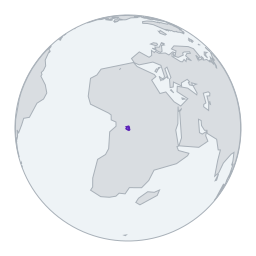 Nana-Mambéré highlighted on a globe, orthographic projection, rotated 35°
{"feature_id": "CAF-804", "entity_name": "Nana-Mambéré", "entity_type": "Prefecture", "adm_level": 1, "iso_a3": "CAF", "parent_name": "Central African Republic", "parent_adm1": "", "projection": "orthographic", "projection_center": [15.312, 5.849], "detail": "fine", "context": "on_globe", "style": "filled", "palette": "violet", "viewbox_px": 256, "rotation_deg": 35, "n_neighbors": 0, "source": "natural_earth", "source_scale": "10m", "svg_char_len": 7994}
<svg xmlns="http://www.w3.org/2000/svg" viewBox="0 0 256 256"><g transform="rotate(35 128 128)"><circle cx="128" cy="128" r="113" fill="#eef3f6" stroke="#a8b0b8"/><path d="M90.1,21.9L90.0,22.0L90.1,21.9ZM88.7,22.4L89.4,22.2L85.4,23.7L89.9,22.0L87.3,23.1L84.5,24.2L84.0,24.3L82.5,25.0L88.7,22.4ZM64.7,34.8L64.2,35.2L61.2,37.3L57.7,40.0L59.7,38.6L63.1,36.0L65.9,34.3L69.8,31.8L71.5,30.8L75.8,28.5L73.7,30.4L70.2,32.6L69.1,33.5L73.1,31.6L67.1,36.2L64.3,40.4L62.6,41.8L58.3,43.7L56.7,42.9L51.1,46.8L55.5,44.4L51.3,48.5L51.0,49.3L51.7,49.4L53.5,48.0L52.3,49.6L47.4,52.2L48.5,50.7L50.0,49.8L49.2,49.6L45.9,52.0L44.1,54.3L41.1,56.6L39.7,58.3L38.3,60.0L40.7,57.0L36.4,62.7L34.3,65.4L39.4,58.4L45.0,51.8L51.2,45.6L57.7,40.0L64.7,34.8ZM17.1,108.2L17.5,106.4L18.1,104.4L16.9,110.9L18.3,105.3L18.0,108.8L20.1,109.7L19.6,111.1L21.2,119.8L24.9,124.3L25.7,129.4L25.1,132.2L26.8,133.5L26.9,135.5L35.5,140.1L41.4,145.9L42.2,152.7L39.2,159.9L41.1,175.8L37.0,179.9L39.0,186.1L41.2,194.7L38.3,193.2L42.3,198.1L43.3,200.5L42.3,200.2L44.9,203.3L44.3,203.0L46.6,205.4L49.8,209.0L53.7,212.6L55.6,214.3L48.6,207.9L42.1,200.9L36.3,193.4L31.1,185.5L22.3,166.7L20.7,162.1L20.0,160.1L17.9,151.7L16.4,143.1L15.5,134.4L15.4,125.6L15.9,116.9L17.1,108.2ZM23.3,86.4L22.3,89.2L22.2,89.3L23.3,86.4ZM75.4,28.5L75.6,28.5L74.7,28.9L75.4,28.5ZM77.1,27.6L76.0,28.1L76.6,27.8L77.3,27.5L77.1,27.6ZM80.0,26.1L82.6,24.9L78.4,27.0L77.9,27.1L78.5,26.8L80.0,26.1ZM98.3,19.3L99.0,19.2L97.9,19.5L95.8,20.1L98.3,19.3ZM94.8,20.8L94.8,20.7L96.6,20.1L94.8,20.8ZM99.8,19.0L100.2,18.9L100.9,18.7L101.8,18.5L99.8,19.0ZM104.8,17.8L100.9,18.7L100.4,19.1L98.8,19.5L99.9,18.9L104.8,17.8ZM104.4,17.9L102.5,18.3L102.3,18.3L104.4,17.9ZM105.0,17.8L106.0,17.6L105.2,17.7L105.0,17.8ZM108.1,17.2L106.9,17.4L106.1,17.5L108.1,17.2ZM108.6,17.1L108.8,17.0L110.0,16.8L106.6,17.4L108.2,17.1L108.6,17.1ZM111.7,16.7L107.5,17.5L105.9,17.7L110.2,16.9L111.7,16.7ZM62.2,219.4L63.8,220.6L64.2,220.8L62.2,219.4ZM60.3,217.8L60.1,217.2L61.0,217.8L61.4,218.4L60.3,217.8ZM233.1,87.4L234.0,90.0L235.4,94.0L237.5,101.6L239.1,109.4L239.4,111.3L239.0,108.7L237.1,103.0L238.6,111.2L240.0,117.7L240.6,125.7L240.2,123.4L239.5,116.4L238.8,114.2L237.7,107.1L234.7,96.9L234.2,99.2L233.0,95.1L228.8,87.2L227.5,90.3L226.2,102.0L228.0,112.7L226.7,117.8L220.0,102.9L216.3,93.0L214.4,94.2L207.1,86.4L196.0,87.0L194.0,84.6L192.0,86.0L186.8,83.8L183.6,79.9L180.7,80.4L189.2,90.8L192.3,90.4L194.3,85.9L196.1,89.8L201.0,93.0L197.1,103.2L179.9,113.4L177.5,105.4L160.9,84.9L161.0,82.5L160.9,82.2L160.7,81.8L159.8,85.6L156.7,81.7L166.4,95.9L168.3,102.3L179.7,113.9L178.8,115.2L182.2,117.5L192.4,113.8L192.7,116.5L188.2,129.4L173.5,147.6L175.1,159.1L173.4,169.1L163.3,176.1L163.4,183.6L158.1,186.5L157.2,190.8L152.5,195.4L145.0,199.9L133.0,200.4L132.9,196.6L127.8,189.2L121.1,171.1L124.8,162.6L124.0,156.0L115.2,141.6L117.2,133.4L114.7,130.0L109.6,131.0L106.7,127.0L103.5,126.9L83.6,130.0L77.2,124.8L68.8,108.8L72.1,102.5L72.2,95.2L94.9,71.2L100.3,72.4L118.9,69.1L121.4,69.9L119.9,75.2L134.4,81.4L138.3,76.8L150.7,80.1L158.6,79.7L160.2,69.7L147.3,70.1L144.4,65.5L154.1,61.1L165.3,61.4L164.5,59.7L156.9,56.0L158.9,52.8L154.2,54.5L156.5,56.2L153.6,57.4L151.3,56.0L152.1,54.9L148.6,54.2L145.8,60.4L147.8,62.8L138.9,64.3L141.5,68.5L139.3,70.7L134.1,64.3L134.2,62.0L125.0,55.8L124.2,58.3L132.8,64.5L130.3,64.0L129.2,68.1L128.2,64.7L119.0,57.8L110.6,59.7L100.9,69.9L95.8,70.9L91.0,69.1L93.6,59.2L104.7,58.0L105.8,55.0L102.7,51.0L106.3,51.1L106.4,49.5L110.6,49.1L115.5,45.2L119.6,44.7L120.8,40.1L123.0,39.4L121.7,42.2L123.0,44.1L133.0,43.5L134.7,42.5L134.6,39.7L137.4,40.2L136.1,37.6L141.4,36.5L133.8,35.8L133.5,33.1L136.3,31.1L134.8,30.2L130.3,33.6L129.7,35.2L131.4,36.6L128.6,41.4L125.4,42.3L123.1,37.3L118.2,38.3L118.5,34.4L130.6,26.8L136.1,25.5L146.8,28.5L146.0,29.9L141.7,29.5L146.4,32.1L145.6,30.8L147.9,31.3L148.3,29.3L149.9,29.7L147.4,27.4L149.5,27.6L151.0,29.0L153.2,26.7L157.3,26.9L157.0,26.3L155.6,25.6L161.7,26.6L161.2,26.1L159.0,25.6L156.6,24.4L154.8,22.8L157.0,23.2L158.0,23.8L163.3,26.0L165.5,28.0L166.2,28.0L164.8,26.5L158.3,23.7L156.6,22.7L159.8,23.7L158.5,23.3L158.4,22.9L160.3,23.0L156.8,21.8L152.0,18.6L155.2,18.9L158.6,20.0L157.7,19.3L165.4,21.8L173.0,24.7L180.3,28.2L187.3,32.2L194.0,36.8L200.4,41.7L206.4,47.2L212.0,53.0L217.2,59.2L221.9,65.8L226.2,72.7L229.9,79.9L233.1,87.4ZM87.9,83.1L87.5,85.3L87.9,83.1ZM177.8,67.2L184.0,67.4L180.0,61.5L182.0,61.3L179.9,59.5L179.6,61.1L174.3,56.5L176.5,54.8L175.1,52.5L173.0,52.3L169.7,56.3L177.4,62.8L176.5,65.2L177.8,67.2ZM20.2,109.6L20.3,111.0L19.8,110.9L20.2,109.6ZM21.1,92.6L20.8,93.3L21.1,92.6ZM22.1,93.8L22.4,94.7L21.8,94.9L22.1,93.8ZM22.1,90.1L21.9,93.4L20.8,94.7L21.1,92.8L21.4,92.6L22.1,90.1ZM27.8,76.6L27.4,77.4L27.3,77.5L27.7,76.8L27.8,76.6ZM51.6,48.3L52.0,48.2L52.3,48.5L51.4,49.1L51.6,48.3ZM58.3,46.8L56.1,49.4L57.0,47.7L55.3,48.8L55.1,46.9L61.8,42.4L58.8,44.7L58.3,46.8ZM56.7,43.6L56.1,45.0L56.5,43.6L56.7,43.6ZM103.0,42.1L104.6,42.9L103.4,44.7L98.3,46.3L99.9,43.6L103.0,42.1ZM107.3,43.8L106.4,38.9L109.6,38.0L107.9,39.2L110.1,39.2L108.1,41.2L111.9,45.6L111.1,47.5L102.0,48.8L105.5,47.2L103.6,46.3L107.3,43.8ZM98.7,30.9L98.3,29.6L105.6,29.3L105.1,30.6L99.9,32.0L97.5,31.3L98.7,30.9ZM84.8,24.5L84.2,24.6L85.1,24.2L86.3,23.8L84.8,24.5ZM94.6,20.8L88.3,23.8L87.3,24.0L84.8,26.0L81.2,27.4L83.0,26.0L78.3,28.7L78.4,28.0L75.6,29.9L79.8,26.7L79.7,26.5L81.2,26.1L84.5,24.8L85.9,24.2L89.9,22.3L91.4,21.5L94.9,20.4L97.0,19.8L94.8,20.5L96.8,20.0L93.5,21.0L94.6,20.8ZM119.6,18.0L116.8,18.0L120.1,18.8L116.9,19.2L117.5,19.3L115.4,19.9L113.9,21.0L112.3,21.1L112.4,21.5L111.0,22.1L110.7,22.7L107.7,23.2L107.0,24.1L106.0,23.9L105.5,25.3L104.5,24.5L102.7,25.5L104.6,25.7L89.6,28.8L84.1,31.2L80.0,33.8L78.9,32.6L82.0,29.6L87.2,26.3L92.6,24.3L91.1,24.3L93.3,23.5L93.6,23.8L94.4,22.8L96.3,22.3L100.9,20.3L101.0,19.5L102.7,19.0L103.6,19.0L104.7,18.4L107.5,18.2L108.8,17.8L112.9,17.4L113.9,18.0L115.2,17.6L118.4,17.4L119.6,18.0ZM112.8,16.6L114.7,16.8L113.9,17.2L107.1,17.8L105.6,18.2L101.2,18.9L102.5,18.4L103.7,18.2L105.0,17.9L104.1,18.1L105.9,17.7L107.5,17.5L109.4,17.2L109.5,17.3L112.8,16.6ZM123.8,67.8L125.6,68.0L128.3,67.7L127.7,70.4L123.8,67.8ZM117.4,63.2L119.0,62.8L119.4,66.1L117.5,66.1L117.4,63.2ZM119.5,59.9L119.0,62.5L118.2,61.1L119.5,59.9ZM123.1,41.8L124.8,41.4L125.1,42.0L124.4,43.0L123.1,41.8ZM128.8,21.5L127.3,21.2L127.7,20.9L126.3,19.8L128.6,19.6L130.3,20.2L128.8,21.5ZM158.2,71.5L156.1,73.4L154.9,72.5L155.8,72.0L158.2,71.5ZM141.3,71.8L145.4,73.0L141.1,72.6L141.3,71.8ZM131.1,21.1L130.2,20.6L131.9,20.8L131.1,21.1ZM130.2,19.4L132.1,19.6L128.7,19.5L130.2,19.4ZM187.9,216.6L187.6,217.7L186.4,218.0L187.9,216.6ZM190.6,166.5L181.8,184.1L177.1,184.5L176.9,179.5L180.7,168.9L186.4,165.6L189.4,160.7L190.6,166.5ZM240.2,138.1L240.2,134.3L238.4,119.3L239.1,119.3L240.6,128.1L240.6,129.8L240.6,132.3L240.2,138.1ZM228.5,113.7L230.5,119.9L229.6,121.2L228.5,113.7ZM149.4,20.8L148.8,22.4L150.0,23.9L153.0,25.0L148.5,24.3L146.8,22.0L149.4,20.8ZM151.4,18.7L148.8,18.0L150.0,18.1L150.8,18.3L151.4,18.7ZM149.8,18.4L146.3,18.0L144.9,17.5L147.9,17.9L149.8,18.4ZM138.8,18.9L138.4,19.3L137.1,19.1L138.8,18.9Z" fill="#d9dde1" stroke="#a8b0b8" stroke-width="1"/><path d="M126.6,127.3L126.8,127.2L127.0,127.0L127.0,126.9L127.2,126.4L127.3,126.4L127.5,126.3L127.7,126.2L127.8,126.2L127.8,126.3L127.9,126.5L128.0,126.6L128.0,126.8L128.1,127.0L128.3,127.1L128.5,127.1L128.8,126.9L128.9,127.0L128.9,127.3L128.9,127.6L129.0,127.7L129.0,127.8L129.2,128.0L129.3,128.0L129.5,128.1L129.7,127.9L129.8,127.9L129.9,128.0L130.0,128.1L130.2,128.3L130.3,128.4L130.3,128.5L130.3,128.9L130.3,129.0L129.5,129.5L129.4,129.5L129.2,129.5L129.2,129.4L129.2,129.5L128.9,129.4L128.9,129.2L128.8,129.3L128.7,129.3L128.7,129.6L128.4,129.6L128.2,129.7L127.7,129.7L127.5,129.8L127.4,129.8L127.3,129.7L127.2,129.7L126.9,129.7L126.7,129.6L126.7,129.4L126.7,129.2L126.4,129.1L126.5,129.1L126.5,128.9L126.6,128.7L126.6,128.4L126.7,128.2L126.6,127.9L126.4,127.9L126.3,127.7L126.2,127.7L126.3,127.6L126.4,127.4L126.5,127.4L126.6,127.3Z" fill="#8b5cf6" stroke="#5b21b6" stroke-width="1.5"/></g></svg>